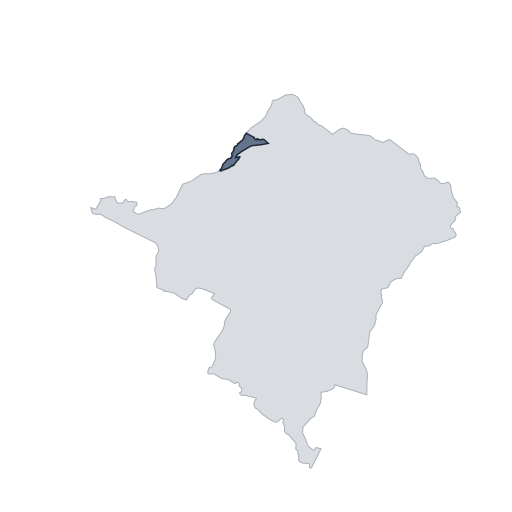 location of Bomongo, Équateur, Democratic Republic of the Congo, rotated 27°
{"feature_id": "63176286B36806520086654", "entity_name": "Bomongo", "entity_type": "district", "adm_level": 2, "iso_a3": "COD", "parent_name": "Democratic Republic of the Congo", "parent_adm1": "Équateur", "projection": "albers", "projection_center": [18.302, 0.781], "detail": "fine", "context": "in_parent", "style": "filled", "palette": "slate", "viewbox_px": 512, "rotation_deg": 27, "n_neighbors": 0, "source": "geoboundaries", "source_scale": "gbopen_adm2", "svg_char_len": 7341}
<svg xmlns="http://www.w3.org/2000/svg" viewBox="0 0 512 512"><g transform="rotate(27 256 256)"><path d="M417.8,329.4L384.7,334.9L385.4,336.7L385.1,338.6L384.3,340.1L381.0,344.1L376.0,347.8L376.0,348.7L378.5,352.7L380.2,358.3L379.9,368.1L380.6,370.7L380.5,372.8L378.8,375.1L375.5,386.9L377.8,392.5L384.5,397.7L388.3,401.6L394.9,403.0L395.9,402.7L396.3,399.5L401.4,398.2L401.6,419.0L401.3,420.1L400.3,420.4L399.1,419.7L398.6,417.8L397.3,416.9L391.0,419.5L389.4,419.5L387.6,419.1L386.3,418.0L385.9,416.5L381.4,410.5L379.2,410.1L376.7,404.6L366.7,400.7L362.9,400.4L360.9,399.2L358.9,394.9L355.5,392.2L354.8,389.1L354.1,388.7L352.1,389.3L350.4,394.2L348.1,395.4L344.1,395.5L333.8,394.2L326.5,391.7L324.6,391.9L321.7,389.7L320.5,385.9L321.1,383.0L320.6,382.6L309.5,385.1L306.8,386.6L304.3,386.2L303.5,385.4L304.6,383.4L304.0,381.3L303.2,380.3L299.9,379.5L298.9,377.2L296.8,376.9L296.2,377.2L295.7,378.8L294.5,379.3L287.9,378.6L280.9,380.7L271.7,380.2L267.3,382.6L266.7,382.6L265.7,381.3L264.8,377.4L265.3,376.3L266.7,375.5L267.1,373.9L266.7,369.8L267.0,368.8L266.5,366.4L265.1,362.6L263.2,359.6L259.0,354.9L258.2,352.7L258.5,347.5L259.8,339.3L259.6,333.1L257.9,329.1L257.6,324.8L258.6,317.1L257.5,315.2L236.6,314.6L235.7,314.0L235.3,313.0L236.3,308.4L223.5,309.5L219.7,310.4L217.3,312.3L216.5,314.7L216.5,318.0L214.5,321.2L214.0,326.7L210.5,327.3L206.9,327.3L200.1,326.2L193.5,327.7L190.2,329.2L188.5,328.5L182.5,329.0L181.8,328.6L175.0,317.9L171.9,314.3L171.4,312.5L171.6,310.9L170.8,308.6L167.6,303.1L167.0,300.5L167.2,296.5L166.8,295.1L164.0,291.7L162.1,290.5L160.0,289.9L125.9,290.3L114.6,289.6L106.3,290.0L102.2,289.7L101.0,289.2L97.2,289.9L95.2,291.3L92.3,292.1L90.4,291.8L86.9,287.8L91.8,287.1L92.1,286.7L92.5,277.1L91.2,275.7L93.8,274.1L98.0,269.8L102.1,268.3L102.6,267.5L103.5,267.5L104.9,269.3L108.4,271.7L112.8,269.6L113.2,269.1L113.8,264.9L114.9,264.6L116.8,265.5L117.8,265.5L119.7,264.3L125.2,262.2L126.9,264.9L125.4,267.3L126.0,269.0L126.1,271.6L127.0,272.2L131.4,272.5L132.7,271.9L141.4,262.4L143.7,261.3L147.4,257.6L152.2,255.9L154.3,252.9L157.1,247.6L158.4,239.9L157.9,226.7L158.4,224.9L164.2,218.9L170.2,208.0L174.2,205.2L177.3,204.0L182.0,200.1L185.7,196.0L185.2,191.2L186.1,187.2L188.1,182.2L188.8,176.8L188.1,171.1L188.4,166.5L191.1,159.1L191.4,150.6L193.8,143.4L198.8,134.4L201.1,127.7L200.7,121.0L201.3,116.1L201.1,113.2L200.1,110.7L200.6,109.1L202.5,108.5L204.8,106.0L209.0,99.5L213.5,96.3L216.6,95.3L219.9,95.4L222.0,95.9L225.5,98.5L229.4,100.5L232.4,103.1L235.3,107.0L242.3,107.9L245.3,109.3L247.2,109.9L247.9,109.5L249.3,109.7L252.6,110.9L255.3,110.2L268.3,112.8L269.7,111.5L273.3,104.6L276.0,102.3L280.5,102.0L284.0,103.3L285.8,103.3L301.7,97.4L303.8,97.1L309.6,98.5L313.3,97.5L314.9,97.8L318.1,96.7L320.8,92.6L323.0,91.6L345.9,95.9L349.4,93.7L351.0,93.4L356.1,95.0L357.7,97.5L360.8,99.6L363.0,103.2L366.4,105.1L368.2,107.0L370.2,108.3L374.3,108.7L379.6,105.5L383.4,105.8L387.1,107.5L388.4,107.4L391.2,105.5L392.7,103.5L394.2,103.0L396.4,103.9L398.2,105.7L399.8,108.5L405.6,114.5L411.2,117.1L412.6,120.8L414.6,120.4L415.6,120.8L417.1,123.1L418.1,123.6L418.3,124.6L417.0,126.8L415.7,131.1L417.4,133.7L416.0,137.6L415.4,141.5L417.2,142.5L419.5,142.4L421.6,144.4L423.3,144.7L425.1,146.9L424.7,148.7L419.3,155.2L411.1,163.2L408.4,164.2L407.0,165.6L406.0,167.9L403.6,169.9L401.7,170.7L401.7,176.4L398.9,182.3L397.9,183.6L396.5,193.2L396.8,194.8L395.3,202.7L395.6,209.9L391.7,212.3L389.0,215.9L387.8,218.4L387.9,224.3L383.4,228.0L383.0,228.8L384.2,232.9L385.9,233.6L385.9,235.0L389.7,239.5L389.6,253.2L389.8,254.6L391.7,257.8L393.1,264.1L391.7,272.0L396.9,286.4L394.7,291.7L395.9,296.8L398.9,302.1L406.0,307.2L408.0,309.4L409.8,312.2L411.5,316.7L417.8,329.4Z" fill="#d9dde1" stroke="#a8b0b8" stroke-width="1"/><path d="M191.9,189.6L192.0,189.4L192.2,189.2L192.2,188.9L192.4,188.6L192.6,188.4L192.8,188.2L192.9,187.8L193.0,187.5L193.3,187.2L193.4,186.9L193.5,186.9L193.6,186.7L193.9,186.5L194.0,186.5L194.0,186.4L193.9,186.3L194.0,186.3L194.1,186.1L194.3,186.0L194.3,185.9L194.3,185.7L194.5,185.6L194.9,185.2L195.0,185.2L195.2,184.8L195.2,184.7L195.1,184.4L195.1,184.2L195.1,183.7L195.3,182.7L195.4,182.3L195.5,182.1L195.5,181.9L195.5,181.6L195.7,181.2L195.8,180.3L195.7,180.1L195.7,179.9L195.7,179.7L195.8,179.6L195.9,179.4L196.0,179.3L196.0,179.1L196.2,178.9L196.3,178.7L196.4,178.4L196.5,178.3L196.5,178.1L196.5,177.9L196.4,177.8L196.4,177.7L196.5,177.5L196.4,177.4L196.5,177.3L196.4,177.2L196.4,176.9L196.4,176.5L196.5,176.4L196.5,176.1L196.6,175.9L196.6,175.7L196.6,175.2L196.6,174.9L196.4,174.9L196.1,175.2L196.0,175.3L195.8,175.4L195.3,175.9L195.2,175.9L195.0,176.0L193.1,177.6L193.2,174.5L194.5,171.9L195.2,170.5L196.9,167.6L198.1,165.7L199.5,163.5L200.9,161.4L201.3,160.7L202.2,159.7L203.7,158.6L205.1,157.7L206.1,157.1L207.0,156.5L209.0,155.2L209.8,154.7L212.3,152.8L213.8,151.6L214.6,151.0L215.8,150.1L213.4,149.4L210.0,148.6L209.8,148.7L209.6,148.7L209.5,148.8L209.1,149.0L208.9,149.0L208.7,149.3L208.5,149.5L208.3,149.6L208.3,149.8L208.2,149.9L207.9,150.0L207.7,150.0L207.3,150.3L207.2,150.4L207.1,150.6L206.9,150.6L206.7,150.6L206.4,150.8L206.2,150.8L205.9,150.9L205.7,151.0L205.4,151.1L205.2,151.1L204.9,151.2L204.8,151.3L204.7,151.2L204.6,151.3L204.6,151.2L204.4,151.1L204.2,151.2L204.0,151.3L203.9,151.3L203.9,151.2L203.8,151.3L203.6,151.3L203.5,151.6L203.4,151.7L203.2,151.9L203.1,152.1L202.9,152.3L202.8,152.5L202.7,152.5L202.4,152.5L202.0,152.4L201.9,152.3L201.9,152.2L201.7,152.2L201.3,152.0L201.2,151.9L201.0,151.7L200.8,151.7L200.7,151.4L200.6,151.2L200.4,151.2L200.1,151.2L199.7,151.2L199.2,151.2L198.5,151.2L197.3,151.2L195.7,151.2L195.3,151.1L193.0,151.0L191.9,151.0L191.6,151.1L191.7,151.4L191.6,151.5L191.5,152.0L191.4,152.6L191.3,152.9L191.3,153.3L191.2,153.5L191.1,154.0L191.1,154.3L191.2,154.6L191.3,155.0L191.4,155.4L191.4,155.5L191.6,156.1L191.7,156.5L191.6,156.8L191.5,157.0L191.4,157.3L191.5,157.6L191.4,157.9L191.4,158.1L191.4,158.3L191.4,158.7L191.3,159.0L191.3,159.3L191.2,159.6L190.8,160.1L190.6,160.4L190.5,160.5L190.4,160.7L190.3,161.0L190.2,161.4L190.2,161.5L189.9,162.2L189.7,162.6L189.6,162.9L189.6,163.1L188.8,164.1L189.0,164.5L189.1,165.1L189.1,165.3L189.1,165.6L188.9,166.1L188.6,166.5L188.0,167.1L187.7,167.6L187.6,167.8L187.6,168.0L187.4,168.4L187.5,168.6L187.5,169.0L187.4,169.3L187.3,169.7L187.3,170.0L187.6,170.9L187.8,171.0L187.9,171.3L188.0,171.4L188.1,171.6L188.1,171.8L188.1,172.1L188.2,172.6L188.1,173.2L188.2,173.8L188.1,174.0L188.0,174.3L187.9,174.6L187.8,175.5L187.9,175.8L188.1,176.2L188.3,176.5L189.0,177.1L189.3,177.5L189.4,178.0L189.4,179.1L189.4,179.4L189.3,179.8L189.1,180.2L188.8,180.6L188.7,180.7L188.2,181.2L187.8,181.5L187.5,181.7L187.3,181.9L187.3,182.0L186.9,182.5L186.8,182.8L186.6,183.2L186.3,183.8L186.1,184.4L186.0,184.9L185.9,185.4L185.9,185.6L185.8,186.0L186.0,186.3L185.6,187.3L185.5,187.5L185.2,188.0L185.0,188.6L185.0,189.1L185.0,189.7L185.1,189.8L185.0,190.2L185.0,190.4L185.2,191.2L185.4,191.8L185.4,192.0L185.5,192.2L185.5,193.1L185.5,193.4L185.3,194.0L185.1,195.2L184.9,195.9L184.8,196.2L185.2,196.3L186.0,196.2L186.7,195.6L186.9,195.5L187.1,194.8L187.4,194.5L187.4,194.4L188.0,193.9L188.2,193.7L188.6,193.3L188.9,193.1L189.0,192.9L189.3,192.6L189.7,192.3L189.8,192.2L189.9,191.8L190.0,191.7L190.4,191.3L190.8,191.0L191.0,190.8L191.2,190.6L191.6,190.1L191.8,189.7L191.9,189.6Z" fill="#64748b" stroke="#1e293b" stroke-width="1.5"/></g></svg>